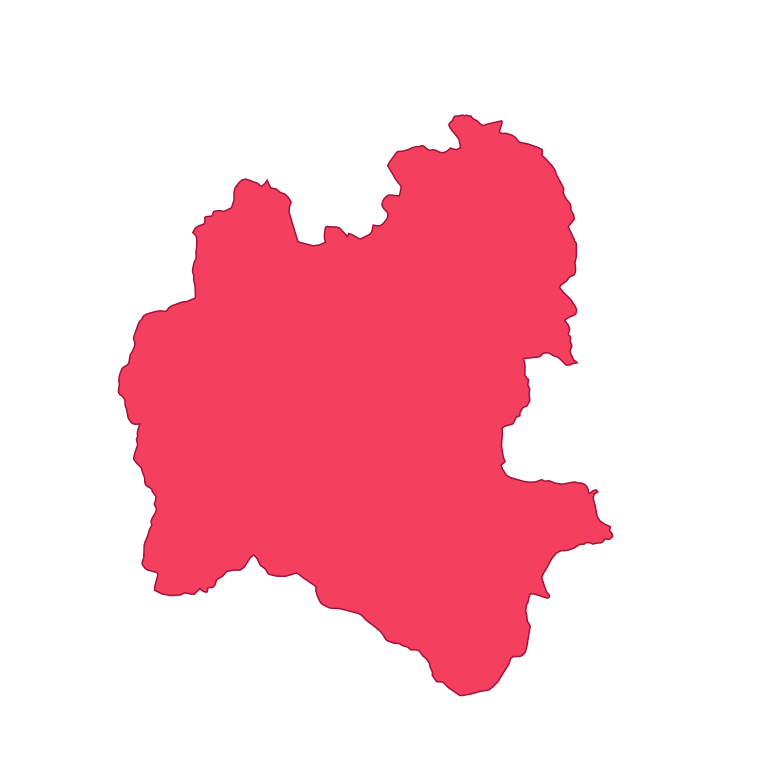 Ba Be, Bắc Kạn, Vietnam, rotated 104°
{"feature_id": "81297802B36883846114124", "entity_name": "Ba Be", "entity_type": "district", "adm_level": 2, "iso_a3": "VNM", "parent_name": "Vietnam", "parent_adm1": "Bắc Kạn", "projection": "robinson", "projection_center": [105.701, 22.41], "detail": "fine", "context": "isolated", "style": "filled", "palette": "rose", "viewbox_px": 768, "rotation_deg": 104, "n_neighbors": 0, "source": "geoboundaries", "source_scale": "gbopen_adm2", "svg_char_len": 6171}
<svg xmlns="http://www.w3.org/2000/svg" viewBox="0 0 768 768"><g transform="rotate(104 384 384)"><path d="M667.5,233.0L663.8,224.8L659.1,216.5L655.5,208.2L651.9,205.3L645.7,201.6L625.8,195.2L619.5,194.6L617.2,192.7L615.6,186.3L613.7,183.9L610.4,182.2L605.6,181.8L583.9,183.5L581.9,185.0L579.4,187.6L573.5,189.7L570.2,191.5L563.9,192.3L561.2,191.5L555.1,191.7L552.5,191.2L551.7,189.5L551.4,187.5L552.3,174.5L551.7,172.6L550.4,172.1L548.4,172.9L546.9,175.5L543.8,177.8L533.7,184.2L528.8,183.4L524.7,182.0L512.4,178.8L506.6,176.0L502.8,171.9L502.4,169.6L500.9,165.4L496.9,159.5L492.7,155.9L491.6,153.5L491.2,151.2L489.0,149.4L488.2,145.8L488.8,142.6L486.6,138.4L485.8,135.4L484.8,134.1L483.0,132.9L480.6,132.3L480.7,129.6L480.2,127.8L477.1,125.4L476.4,125.3L473.8,126.7L471.8,129.6L467.7,129.9L466.5,136.5L464.6,141.3L460.9,145.1L449.9,150.2L444.4,153.5L439.8,153.4L437.0,150.4L435.4,152.7L437.1,155.4L440.3,158.0L440.3,158.5L439.5,159.3L437.3,160.1L435.0,161.9L433.1,164.4L432.5,166.5L432.4,168.8L433.1,171.8L432.8,174.7L433.3,176.3L438.1,186.8L438.8,194.3L437.9,200.2L439.4,204.7L438.7,207.9L442.4,213.3L444.0,218.8L444.7,224.4L444.2,238.5L443.0,243.0L438.0,248.3L434.7,250.6L434.2,250.6L430.0,247.7L425.8,250.7L414.6,255.4L404.9,256.8L398.0,258.7L395.4,256.0L391.7,249.5L391.0,249.1L385.0,247.9L383.5,246.8L382.0,244.4L379.2,245.2L374.5,244.0L372.7,242.9L371.3,240.5L370.5,239.9L365.5,238.6L364.1,238.7L357.8,241.0L354.0,241.2L349.9,244.3L344.7,244.7L344.2,246.3L341.0,249.6L333.5,251.2L329.7,252.5L326.0,254.9L325.4,254.2L320.1,240.0L319.7,239.3L315.9,237.2L315.1,235.7L314.4,233.3L314.1,231.4L315.7,225.9L315.8,222.4L317.2,219.1L321.4,212.4L321.5,211.1L320.5,208.3L318.6,205.9L316.7,201.7L315.6,203.4L314.9,205.7L309.5,210.0L306.9,211.3L301.2,211.0L297.7,213.6L293.4,214.2L292.6,214.9L291.6,217.0L291.0,217.3L286.0,217.0L282.5,219.2L278.6,223.9L278.0,224.0L273.9,219.9L271.5,216.5L269.7,214.9L266.4,214.7L264.5,215.6L262.2,217.5L256.7,223.4L251.7,232.0L248.5,236.2L247.4,237.1L244.8,235.9L239.9,231.8L235.3,229.9L232.2,226.0L230.9,225.5L228.3,225.5L225.0,226.2L220.5,228.0L213.7,228.2L201.0,231.4L199.5,233.3L197.8,234.3L186.8,243.3L178.1,239.2L173.6,241.1L171.0,243.9L169.9,244.6L164.9,246.3L163.4,247.7L161.0,251.2L159.2,253.1L155.3,256.3L150.8,256.9L138.8,267.6L136.0,269.1L134.5,270.5L131.8,273.5L126.2,281.8L124.1,285.8L118.7,287.0L118.2,287.4L117.2,292.2L116.3,301.6L116.6,310.9L115.4,313.1L113.1,315.9L111.7,319.6L111.2,326.0L112.2,329.9L112.2,332.2L111.0,333.1L102.3,332.7L100.8,332.9L100.2,333.5L107.2,347.3L109.3,350.4L108.6,353.0L106.0,357.5L105.5,360.3L104.6,362.6L103.0,364.4L103.4,366.8L103.3,369.3L104.3,370.8L104.0,372.2L105.0,375.0L105.9,376.4L106.9,380.0L109.1,381.1L111.4,381.1L114.2,383.0L116.2,383.8L117.4,383.5L120.0,381.4L127.5,371.5L129.5,369.9L136.1,366.9L138.9,370.2L139.3,373.3L138.9,376.7L141.6,378.2L143.3,379.7L145.0,381.9L145.7,385.6L144.6,391.1L145.0,393.4L146.0,395.5L146.0,397.2L145.2,399.9L143.6,402.8L143.6,405.1L145.2,407.4L145.9,410.0L147.8,413.7L150.5,417.0L153.3,421.5L154.9,426.4L155.5,427.3L157.0,428.1L167.0,432.2L171.2,433.4L182.1,422.6L185.4,418.8L187.7,415.4L190.5,414.8L197.8,414.6L199.2,424.1L200.0,425.9L203.9,428.7L207.5,429.5L210.8,429.4L213.6,427.0L216.6,422.5L218.4,421.2L221.5,420.9L223.0,421.2L228.8,423.7L231.5,426.3L232.2,429.1L232.4,432.9L238.8,432.6L242.3,434.0L248.9,442.0L249.0,443.2L246.9,450.8L246.4,454.5L249.7,455.2L243.3,464.9L243.2,467.9L244.7,475.1L244.9,477.7L246.3,478.7L252.9,478.1L256.9,477.1L260.5,475.2L261.1,475.6L264.8,480.6L267.1,485.9L266.8,501.9L240.4,517.6L235.4,518.6L229.9,518.1L225.8,522.4L223.5,526.5L223.5,528.9L223.1,531.1L221.0,535.6L221.1,541.4L214.6,546.7L217.6,547.7L221.2,550.1L221.8,551.0L221.8,551.5L219.8,555.1L218.6,566.6L218.7,568.0L220.6,571.3L223.3,573.2L229.3,575.8L232.1,576.0L236.6,575.4L241.7,574.0L249.8,574.6L254.7,580.2L255.4,581.5L255.3,583.0L255.9,586.8L257.6,590.7L258.3,591.2L261.8,591.2L262.8,591.9L264.8,597.5L266.1,598.2L268.3,597.3L271.6,597.0L272.3,597.4L275.2,601.8L278.3,604.8L283.3,606.2L284.8,603.6L286.1,602.1L288.5,600.7L295.9,599.0L302.0,598.3L307.3,596.6L312.1,597.7L319.6,597.4L322.1,596.6L324.9,594.7L328.7,594.0L335.6,590.7L346.1,587.8L351.9,595.6L353.1,599.3L359.4,608.8L362.4,611.5L364.1,611.9L366.3,613.2L367.1,618.7L368.5,622.4L373.3,630.9L376.4,634.0L379.7,634.6L381.5,635.8L384.4,636.8L398.3,638.2L400.9,637.9L403.9,635.8L407.0,635.1L412.9,635.9L417.1,637.3L425.3,636.7L427.6,637.6L431.0,641.1L432.4,641.9L438.3,642.7L441.8,642.6L445.5,642.0L448.3,640.6L454.1,640.2L456.6,639.4L458.1,637.9L458.8,635.8L460.7,632.9L463.2,631.2L467.7,629.9L470.6,627.8L478.7,624.1L481.4,621.4L482.5,620.0L483.2,618.1L483.3,616.2L483.2,615.0L481.8,611.3L489.3,611.7L491.7,611.4L494.3,610.4L497.7,610.8L501.9,608.6L503.6,608.4L509.9,609.0L516.0,609.0L517.5,608.6L521.0,604.4L524.0,599.1L527.1,597.6L533.0,593.5L537.8,592.1L539.3,591.0L540.4,589.5L542.0,584.1L544.1,583.0L548.5,578.0L552.6,577.5L555.6,577.9L557.0,577.5L558.8,575.5L559.9,574.7L561.1,574.5L564.3,574.7L570.2,576.5L573.9,576.8L577.2,575.1L581.6,576.3L588.7,576.6L595.5,577.7L599.1,577.6L610.5,575.1L615.7,575.4L617.0,575.2L619.0,573.4L620.6,571.3L621.7,568.8L621.8,559.9L622.1,558.6L622.8,557.7L624.8,557.3L636.7,557.4L639.6,556.7L641.5,548.4L640.8,539.5L637.9,530.4L635.7,527.9L634.7,526.1L634.5,519.5L633.8,517.2L626.9,512.9L628.3,511.1L629.1,508.5L628.9,505.6L627.4,505.1L625.6,505.6L624.3,505.5L622.9,501.3L621.6,500.1L619.8,499.4L614.6,499.1L609.4,494.0L603.7,491.1L600.7,483.9L599.4,478.6L595.6,475.3L585.1,471.8L581.7,469.4L581.5,468.7L584.0,465.1L590.0,459.8L591.5,455.9L592.7,453.9L595.9,450.8L596.5,449.0L596.4,441.6L594.4,433.0L588.6,423.2L589.3,420.5L591.6,415.5L596.5,402.2L597.4,400.8L601.0,400.2L605.2,397.8L610.7,393.5L612.5,391.1L614.3,383.7L614.3,380.7L612.9,373.8L612.6,371.1L612.8,352.9L614.0,349.5L617.7,343.8L621.8,334.1L624.9,327.7L627.2,324.7L631.4,320.5L632.4,318.3L633.1,311.3L632.1,306.6L633.3,303.3L633.6,297.3L635.5,293.7L634.2,288.8L634.2,286.6L635.2,284.4L638.7,280.2L640.0,277.1L643.8,272.5L647.8,270.6L650.9,268.0L652.6,267.0L654.9,266.8L660.1,261.0L659.0,254.8L663.0,248.1L667.8,235.3L667.5,233.0Z" fill="#f43f5e" stroke="#9f1239" stroke-width="1.5"/></g></svg>